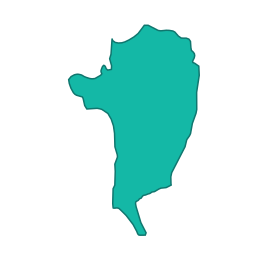 an SVG outline of Nangarhar, rotated 278°
{"feature_id": "AFG-1764", "entity_name": "Nangarhar", "entity_type": "Province", "adm_level": 1, "iso_a3": "AFG", "parent_name": "Afghanistan", "parent_adm1": "", "projection": "robinson", "projection_center": [70.357, 34.369], "detail": "fine", "context": "isolated", "style": "filled", "palette": "teal", "viewbox_px": 256, "rotation_deg": 278, "n_neighbors": 0, "source": "natural_earth", "source_scale": "10m", "svg_char_len": 1950}
<svg xmlns="http://www.w3.org/2000/svg" viewBox="0 0 256 256"><g transform="rotate(278 128 128)"><path d="M214.3,99.8L212.5,100.6L211.0,103.3L210.8,106.6L211.5,110.0L212.8,112.9L215.4,116.8L219.0,121.2L223.0,124.9L232.0,129.9L232.5,133.7L228.8,144.3L228.8,147.0L230.1,152.3L230.4,155.4L230.3,159.0L229.5,161.1L226.0,165.1L224.5,168.2L224.7,170.6L225.1,173.1L224.5,175.9L222.5,177.8L216.3,179.1L213.7,180.0L212.2,182.1L210.8,183.4L208.9,184.0L206.6,183.8L203.2,182.7L201.9,183.1L201.4,185.0L199.1,189.5L190.1,191.2L172.9,191.0L155.9,193.5L152.0,193.3L141.5,191.1L131.2,190.7L128.9,190.0L124.6,187.8L117.4,187.1L89.9,177.5L85.6,177.2L78.9,178.3L77.5,178.7L76.5,177.3L74.3,174.1L73.0,168.9L71.6,166.7L70.6,165.5L68.7,163.1L68.0,160.9L67.8,160.5L67.4,160.1L66.5,159.1L66.2,158.7L65.9,158.1L65.4,156.9L64.1,154.7L63.6,153.1L63.2,152.5L62.8,152.1L62.2,151.7L60.8,151.0L60.4,150.8L60.1,150.3L59.7,149.6L59.5,149.3L59.1,149.0L58.0,148.4L57.8,148.2L57.4,147.8L56.6,146.6L56.0,146.1L55.0,145.9L53.8,146.1L51.1,147.0L36.1,153.9L26.7,160.5L24.3,160.0L23.5,154.5L23.6,153.4L24.0,152.9L24.8,152.2L26.8,151.1L33.2,146.4L41.1,138.4L46.1,131.7L47.1,130.2L47.3,128.9L47.3,128.1L46.8,126.0L46.7,125.3L46.7,124.7L46.8,124.4L51.0,123.4L65.8,121.7L69.6,122.9L83.3,121.4L90.4,120.0L97.8,121.6L100.0,121.1L107.5,117.7L120.9,115.4L128.1,113.3L134.5,110.1L136.1,108.8L139.6,106.1L142.8,99.5L143.1,97.3L143.2,94.7L141.1,84.6L144.2,82.0L150.9,79.5L152.4,78.5L153.3,72.4L154.1,70.6L155.4,69.0L159.4,66.0L163.8,63.7L167.7,62.5L171.0,64.5L173.1,67.3L173.6,68.4L174.2,70.2L174.3,71.2L174.3,72.0L174.1,74.2L173.7,75.5L172.9,77.3L172.3,79.6L171.7,83.2L171.7,85.6L172.4,88.4L176.4,93.6L177.1,94.0L178.0,94.5L178.5,94.3L179.8,93.5L180.9,93.3L182.4,93.5L185.0,94.1L186.1,94.7L186.7,95.3L186.5,96.0L186.1,96.6L185.4,97.2L183.7,98.1L183.0,99.1L182.5,99.8L183.7,103.4L187.3,103.1L194.0,100.2L198.7,100.9L214.2,99.8L214.3,99.8Z" fill="#14b8a6" stroke="#0f766e" stroke-width="1.5"/></g></svg>